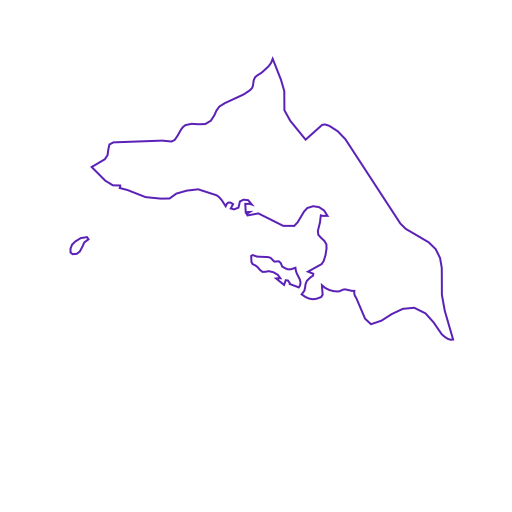 Samar, orthographic projection, rotated 331°
{"feature_id": "PHL-2584", "entity_name": "Samar", "entity_type": "Province", "adm_level": 1, "iso_a3": "PHL", "parent_name": "Philippines", "parent_adm1": "", "projection": "orthographic", "projection_center": [124.838, 11.713], "detail": "fine", "context": "isolated", "style": "outline", "palette": "violet", "viewbox_px": 512, "rotation_deg": 331, "n_neighbors": 0, "source": "natural_earth", "source_scale": "10m", "svg_char_len": 2649}
<svg xmlns="http://www.w3.org/2000/svg" viewBox="0 0 512 512"><g transform="rotate(331 256 256)"><path d="M387.9,424.6L385.6,423.6L383.6,421.5L381.8,418.1L380.5,414.5L379.1,399.9L376.4,388.3L369.3,378.0L358.8,373.4L346.5,372.6L334.4,373.4L323.5,371.4L321.0,363.7L323.3,341.6L323.2,339.4L323.4,337.6L324.0,335.9L325.1,334.2L323.0,333.0L317.8,328.4L315.8,327.6L312.1,327.3L310.3,326.7L306.6,324.2L303.6,321.2L301.1,317.6L299.5,313.5L295.5,322.2L293.1,323.5L288.4,322.8L284.8,321.4L281.8,319.0L279.4,315.8L277.3,311.7L281.5,309.8L283.8,307.2L285.7,304.6L288.4,302.4L292.8,301.2L296.5,300.8L297.5,299.3L293.9,294.9L309.5,294.9L312.9,293.1L317.3,288.8L321.2,283.8L323.2,280.0L323.1,275.8L321.7,271.6L320.8,267.6L322.3,264.0L328.1,257.8L332.4,251.9L333.7,253.2L338.0,255.6L337.6,249.1L334.8,243.8L330.2,240.2L324.1,238.9L319.6,240.4L308.6,246.8L304.0,248.2L294.4,242.8L278.7,219.9L268.2,216.4L268.2,214.5L270.1,214.6L271.9,214.5L269.3,213.2L268.2,212.8L271.9,205.2L273.2,206.0L274.5,206.6L275.9,207.5L277.3,209.0L276.2,203.4L272.4,200.7L268.4,200.5L264.1,205.2L259.4,204.6L257.0,202.2L261.1,199.5L259.7,197.1L258.0,195.9L256.0,196.1L253.6,197.8L253.1,190.4L252.2,186.4L250.9,183.7L237.7,169.6L227.2,165.3L216.6,162.8L208.3,163.8L200.6,159.7L188.0,151.0L175.5,135.9L169.8,130.5L170.5,129.9L170.7,129.7L171.4,128.5L165.1,124.8L160.7,117.1L155.4,98.5L170.7,98.1L175.1,95.8L178.5,91.2L181.9,87.4L186.4,87.5L229.7,109.5L237.6,114.9L241.0,115.1L245.9,112.7L251.5,109.2L254.6,107.8L257.7,107.3L263.8,109.2L269.6,112.9L275.6,116.0L282.0,115.8L288.0,112.6L292.1,109.5L296.5,107.5L303.0,107.2L323.6,108.7L331.1,108.1L333.9,107.2L335.8,105.7L339.2,101.2L341.7,99.3L344.2,98.7L349.8,98.4L358.6,96.3L362.7,94.5L366.2,91.6L363.3,113.9L360.7,125.4L351.5,142.3L351.5,154.3L355.8,178.3L377.4,173.4L380.1,174.4L383.2,177.7L388.0,186.6L390.8,197.3L398.0,297.6L400.1,304.8L413.7,327.8L416.5,337.2L416.0,347.0L412.7,356.5L399.7,380.2L394.5,395.6L387.9,424.6ZM273.8,278.0L275.6,280.9L277.4,283.1L280.2,284.6L284.8,285.4L283.7,288.3L283.2,291.2L283.0,297.6L282.1,300.8L280.2,303.1L278.2,304.2L271.9,296.8L272.4,295.8L272.1,293.0L270.3,291.6L266.5,294.9L262.7,285.4L264.6,286.2L266.5,287.3L265.9,282.9L263.4,278.7L259.9,275.5L256.4,274.3L253.9,273.0L252.7,270.0L252.0,266.5L250.9,264.0L249.1,261.4L249.1,259.1L251.8,253.6L253.6,253.6L254.0,254.1L256.7,257.1L265.7,262.6L266.9,263.6L267.9,264.9L268.4,266.4L268.8,268.3L269.5,269.9L273.4,271.7L274.2,274.2L273.8,278.0ZM111.5,155.4L117.3,157.5L117.6,160.2L112.3,160.9L109.4,163.2L104.0,166.7L100.3,167.2L96.5,165.5L95.5,163.0L97.3,159.7L100.6,156.9L105.0,155.7L111.5,155.4Z" fill="none" stroke="#5b21b6" stroke-width="2"/></g></svg>